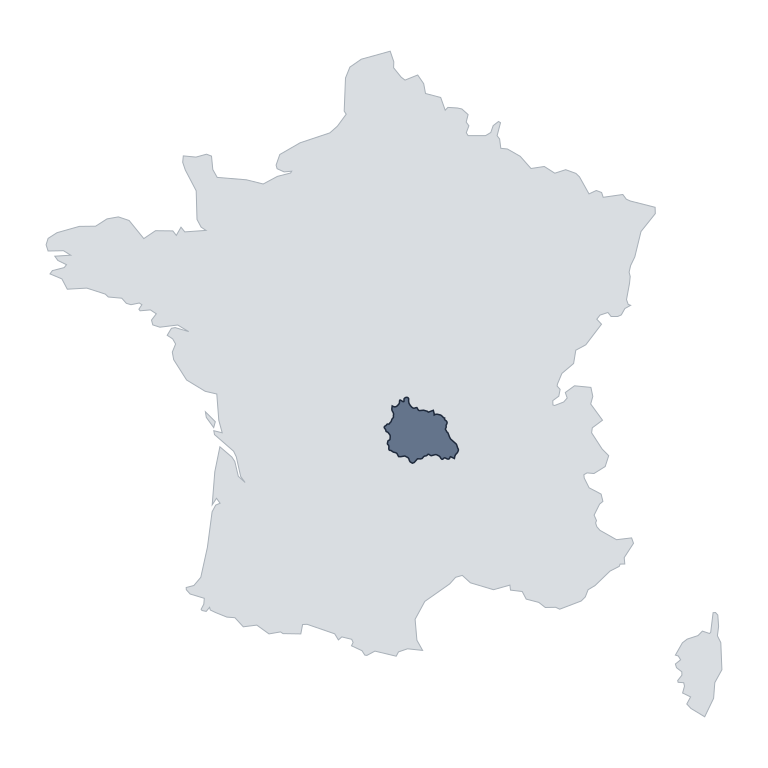 Puy-de-Dôme highlighted on a map of France
{"feature_id": "FRA-5335", "entity_name": "Puy-de-Dôme", "entity_type": "Metropolitan department", "adm_level": 1, "iso_a3": "FRA", "parent_name": "France", "parent_adm1": "", "projection": "mercator", "projection_center": [3.052, 45.776], "detail": "fine", "context": "in_parent", "style": "filled", "palette": "slate", "viewbox_px": 768, "rotation_deg": 0, "n_neighbors": 0, "source": "natural_earth", "source_scale": "10m", "svg_char_len": 6191}
<svg xmlns="http://www.w3.org/2000/svg" viewBox="0 0 768 768"><path d="M630.6,305.3L624.9,308.5L621.3,314.9L617.7,316.5L611.1,316.5L607.9,312.5L600.0,315.1L596.8,319.2L601.5,324.2L585.8,344.8L575.8,350.2L573.6,363.5L561.9,373.4L557.5,383.9L557.1,386.0L560.1,389.4L558.8,396.2L552.8,400.6L552.9,404.9L554.6,405.5L563.7,402.0L567.2,398.0L565.3,392.5L574.5,385.8L590.9,387.4L592.8,396.4L590.7,404.0L602.5,420.2L592.3,427.8L591.6,432.8L602.1,449.0L608.7,455.7L605.2,466.5L594.0,473.5L587.0,472.9L583.9,474.7L584.2,478.0L589.1,487.8L601.1,494.1L602.9,501.4L599.6,504.1L594.1,515.1L596.5,520.6L595.6,522.9L596.8,526.7L599.9,530.3L616.5,539.7L631.6,537.9L633.5,543.3L624.2,557.6L624.8,564.0L620.1,564.1L619.3,566.3L610.0,571.1L595.1,585.5L588.1,589.7L585.3,596.9L581.2,601.0L559.7,609.2L555.7,607.3L545.3,607.5L538.8,602.4L526.2,599.1L522.2,591.5L510.5,590.1L509.9,585.1L493.5,589.7L470.4,582.8L462.3,575.4L455.6,577.3L449.7,583.9L424.8,601.4L415.1,619.3L416.9,640.2L422.6,650.4L407.5,648.8L398.5,651.9L396.2,656.2L374.9,651.1L366.9,655.4L364.8,655.1L362.0,650.7L351.5,645.8L353.1,642.4L351.7,639.3L341.8,636.9L338.4,639.9L334.7,633.8L307.1,624.3L302.6,624.5L300.8,633.9L283.0,633.6L280.5,631.9L269.0,633.9L256.8,625.1L243.3,626.8L234.9,617.7L226.9,617.1L215.5,612.5L210.3,610.0L209.6,607.3L206.2,611.4L202.0,610.5L201.1,609.3L203.8,604.2L204.3,598.3L190.1,594.0L186.3,589.7L186.2,587.5L193.9,585.5L200.8,577.3L207.4,547.4L212.1,511.8L215.7,505.1L220.1,503.2L216.5,498.3L212.2,504.8L214.8,471.8L219.9,446.8L231.9,457.1L234.8,461.5L238.3,476.3L245.1,482.5L240.7,476.5L236.3,456.8L233.6,451.2L214.5,434.6L213.8,430.7L222.2,432.8L218.8,420.3L216.8,394.0L205.2,391.3L186.6,380.0L173.7,359.7L172.3,352.1L175.6,344.0L172.7,338.9L167.2,335.3L171.4,328.3L175.2,327.6L188.7,331.6L177.7,325.0L159.9,327.2L152.8,324.9L151.5,320.1L156.3,313.8L150.4,309.9L140.1,310.8L138.9,309.2L141.9,304.7L139.3,303.0L131.0,304.7L126.3,303.3L121.8,298.2L108.3,297.0L105.3,294.1L86.8,288.1L67.3,289.2L61.9,278.9L50.0,273.9L52.4,270.6L64.2,267.6L66.5,264.7L57.9,260.5L54.8,256.2L70.7,255.2L63.5,250.7L48.1,251.0L46.1,244.8L48.1,238.4L57.0,232.7L79.3,226.4L95.6,226.2L107.0,218.9L118.4,216.9L129.1,220.5L143.8,238.6L155.5,230.7L172.8,230.9L176.3,235.4L181.0,227.2L184.8,231.9L206.0,230.4L201.1,227.1L197.0,219.4L196.2,190.8L185.3,170.0L182.7,162.3L183.3,155.9L196.0,157.1L206.5,154.2L211.5,156.1L212.8,169.6L217.2,177.4L246.4,179.8L263.2,184.0L277.4,176.4L290.6,173.0L291.7,171.2L284.1,171.9L277.1,168.7L276.1,165.1L279.8,154.5L300.1,142.8L329.8,132.9L337.4,126.2L346.2,114.2L344.2,111.1L345.5,78.0L349.9,67.1L361.3,59.2L390.2,51.2L393.8,61.8L393.6,67.8L401.2,77.2L405.0,80.1L417.7,75.0L423.7,83.7L425.5,93.5L440.7,97.5L445.2,110.2L447.9,107.4L457.5,108.0L461.9,109.0L468.1,114.6L466.2,122.1L468.9,125.8L466.3,132.7L468.1,135.6L485.6,135.6L490.8,132.5L493.2,125.6L498.5,121.5L500.5,122.7L497.1,135.7L499.6,139.0L500.8,148.3L507.4,149.0L520.2,156.3L531.0,168.5L544.3,166.5L554.8,173.2L565.7,169.7L575.9,173.4L579.5,176.9L589.0,193.9L596.3,190.5L601.6,192.5L603.2,197.3L622.8,194.5L626.3,199.2L630.3,201.0L655.1,207.3L655.3,213.6L641.0,231.5L634.8,256.9L630.6,265.6L629.1,272.2L630.2,276.5L629.5,283.4L626.5,299.6L628.2,304.4L630.6,305.3ZM718.6,626.4L717.4,635.8L720.8,642.6L721.9,669.7L714.8,682.6L713.6,698.3L704.7,716.8L691.0,708.5L686.8,704.0L690.6,696.9L682.6,693.0L684.5,686.1L683.7,682.7L678.1,682.3L677.7,680.5L681.9,675.2L681.8,671.8L676.5,667.7L675.4,664.0L680.6,659.8L678.3,656.0L675.4,655.1L682.4,642.8L687.2,639.1L698.0,635.6L702.4,631.1L709.5,633.5L710.7,632.3L713.1,612.7L715.5,612.5L717.8,615.1L718.6,626.4ZM215.3,421.7L213.7,427.6L206.3,417.4L205.4,411.8L215.3,421.7Z" fill="#d9dde1" stroke="#a8b0b8" stroke-width="1"/><path d="M406.6,397.3L407.4,397.4L408.3,398.0L408.7,398.8L408.6,401.1L409.0,403.3L410.3,405.5L411.9,407.3L413.4,408.2L414.3,408.2L416.2,407.6L416.9,407.6L418.1,409.7L418.6,410.3L419.5,410.6L423.6,410.2L427.4,411.3L428.3,412.2L433.3,410.3L434.2,413.8L434.2,415.0L435.6,414.3L437.2,414.2L440.2,414.9L441.4,415.5L443.5,417.6L444.7,418.1L444.5,418.7L444.5,419.1L444.8,419.7L445.2,420.1L446.4,421.0L446.7,421.5L447.0,422.0L447.1,422.5L447.0,423.2L446.9,423.7L446.3,424.8L446.2,425.1L446.1,425.4L446.1,425.7L446.1,426.1L446.2,426.6L446.2,427.0L446.1,427.5L445.5,428.7L445.4,429.1L445.5,429.5L446.2,430.6L446.9,432.0L447.1,432.2L447.3,432.3L447.7,432.5L448.1,433.3L449.5,436.9L450.1,438.1L450.6,439.0L456.1,443.9L456.4,444.3L456.6,444.7L457.8,448.3L458.3,449.1L458.4,449.6L458.4,450.2L458.0,451.4L457.6,452.2L457.1,453.0L456.2,453.9L455.5,454.8L454.9,456.0L454.4,458.5L450.6,456.7L450.0,457.2L449.5,458.6L448.5,459.1L447.3,459.0L445.2,457.9L444.6,457.8L444.0,458.1L442.7,459.2L442.0,459.3L441.3,458.8L440.8,458.2L439.9,456.7L439.4,456.2L436.5,454.7L435.3,454.6L431.3,455.7L430.6,455.5L428.8,454.3L428.0,454.3L426.9,455.4L426.2,455.8L424.5,456.1L423.7,456.6L422.1,458.5L420.6,458.9L417.5,458.8L414.2,462.5L412.4,463.2L410.2,461.9L409.5,460.8L408.7,458.5L407.9,457.6L404.8,456.0L400.7,456.7L398.6,456.6L396.9,453.4L395.7,452.7L393.3,452.1L390.8,450.4L389.9,450.4L389.1,449.9L389.0,449.6L388.8,449.0L388.8,448.0L388.9,446.8L388.8,446.0L388.5,445.2L387.7,444.4L387.4,443.9L387.4,443.3L387.9,441.1L388.1,440.7L388.5,440.4L389.4,440.1L389.7,439.8L389.9,439.5L390.0,439.3L390.0,439.0L390.1,438.3L390.2,437.1L390.2,436.1L390.2,435.7L389.7,434.6L388.5,433.1L388.3,432.7L387.9,432.4L387.6,432.1L387.1,431.9L386.7,431.8L386.4,431.7L386.1,431.4L385.9,430.9L385.8,430.1L385.6,429.6L385.3,429.2L384.3,427.8L384.2,427.3L384.3,426.8L384.8,426.2L385.8,425.6L386.3,425.2L386.8,424.4L387.3,424.1L387.7,424.0L388.6,424.1L388.9,424.1L389.1,424.0L389.3,423.8L389.9,422.9L390.2,422.5L390.6,422.2L391.0,421.7L391.3,421.1L391.6,420.1L391.9,419.4L392.2,418.8L392.5,418.4L393.3,417.6L393.5,417.1L393.4,416.2L393.4,415.5L393.4,415.2L393.6,414.5L393.6,414.0L393.5,413.4L393.1,412.4L392.3,411.0L392.0,410.4L391.9,409.6L391.8,409.0L392.2,405.9L393.3,406.5L394.7,406.9L396.1,406.6L397.4,405.7L399.1,403.7L399.4,402.9L399.5,402.2L399.5,401.3L399.6,400.6L400.0,400.0L400.5,400.1L403.1,401.7L403.9,401.5L404.0,400.6L404.0,399.5L404.1,398.7L404.8,398.0L405.6,397.5L406.6,397.3Z" fill="#64748b" stroke="#1e293b" stroke-width="1.5"/></svg>